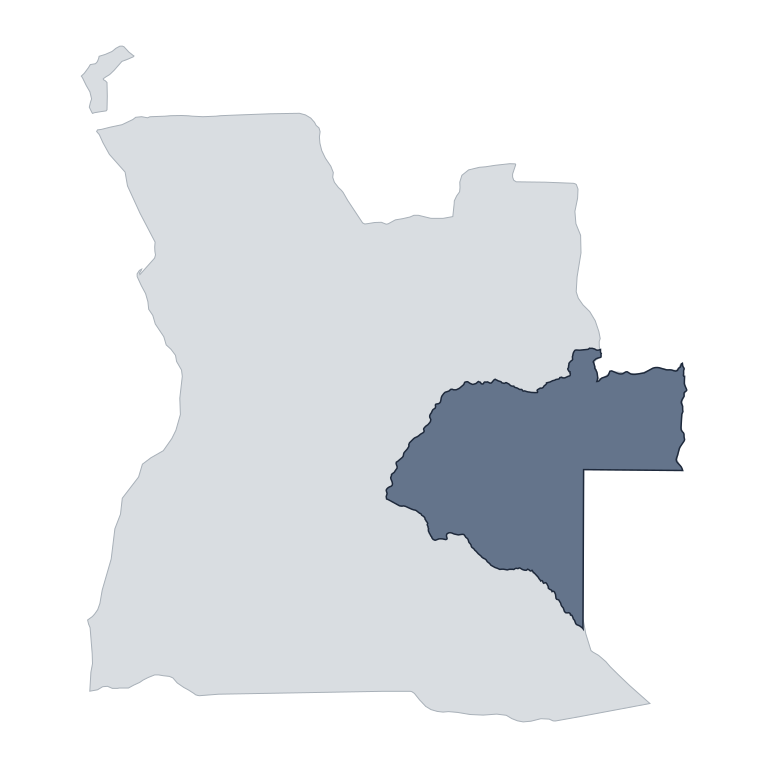 location of Moxico within Angola
{"feature_id": "AGO-1892", "entity_name": "Moxico", "entity_type": "Province", "adm_level": 1, "iso_a3": "AGO", "parent_name": "Angola", "parent_adm1": "", "projection": "albers", "projection_center": [20.805, -13.377], "detail": "fine", "context": "in_parent", "style": "filled", "palette": "slate", "viewbox_px": 768, "rotation_deg": 0, "n_neighbors": 0, "source": "natural_earth", "source_scale": "10m", "svg_char_len": 9729}
<svg xmlns="http://www.w3.org/2000/svg" viewBox="0 0 768 768"><path d="M682.4,363.3L683.4,369.9L684.3,379.1L685.0,385.6L685.8,388.6L686.0,390.2L685.1,391.9L684.3,395.8L682.9,399.3L682.1,401.7L682.7,406.2L681.5,419.4L681.2,426.0L682.9,437.7L682.6,441.3L678.4,452.0L677.3,457.4L677.0,460.2L681.1,468.2L680.9,469.8L677.6,470.3L675.0,470.4L583.6,469.6L583.0,606.7L582.9,618.3L585.8,633.8L591.0,650.6L593.1,652.2L598.5,655.3L605.9,661.7L610.0,666.5L618.4,674.8L629.6,685.5L649.9,703.5L581.6,716.3L555.4,721.0L553.1,720.9L549.2,719.1L540.9,718.7L531.0,721.2L523.2,721.9L517.4,720.8L511.8,718.6L506.3,715.3L496.7,714.1L483.2,715.1L470.1,714.5L457.5,712.4L448.5,711.6L443.0,712.1L437.2,711.4L431.0,709.6L425.8,706.5L419.5,699.8L414.5,693.5L413.3,692.6L411.7,691.6L410.2,691.3L383.2,691.3L218.6,694.2L199.5,695.7L198.0,695.5L195.6,694.8L194.0,693.5L188.5,690.0L183.7,687.4L177.2,682.9L172.9,677.9L169.4,676.4L163.2,675.7L158.5,674.9L154.7,674.9L148.2,677.5L143.2,680.0L139.7,682.4L133.6,685.2L128.5,688.0L119.4,688.0L117.4,688.4L112.4,688.4L107.5,686.3L102.7,686.7L97.5,689.8L89.8,691.2L90.9,672.2L92.5,663.7L92.2,653.7L90.1,627.7L88.6,624.1L87.6,620.0L92.3,616.6L94.6,614.1L97.7,609.7L99.9,603.5L102.2,590.1L111.2,559.0L114.9,528.7L120.5,514.2L122.3,498.2L138.6,477.0L142.4,464.2L151.0,457.7L163.3,450.7L171.8,438.6L175.9,430.3L180.4,414.5L179.8,398.2L182.3,376.3L181.5,370.0L176.6,361.5L175.5,355.3L171.0,349.3L166.2,344.9L163.8,336.7L155.3,324.0L152.8,315.4L148.7,309.3L147.9,301.7L145.6,293.6L141.4,285.8L137.2,276.7L137.1,273.9L139.4,270.4L141.7,269.1L141.0,270.9L139.5,273.0L139.9,274.6L154.6,258.1L155.5,254.9L154.9,251.4L154.7,247.1L155.1,242.1L139.9,213.0L127.5,185.9L125.1,172.1L109.4,154.4L103.0,142.8L99.3,134.6L96.6,131.5L97.5,129.9L101.4,129.4L110.1,127.2L122.0,124.7L132.9,119.5L135.7,117.3L141.6,116.7L147.6,117.8L149.8,116.8L151.0,116.7L165.0,116.2L170.8,115.7L181.6,115.5L188.5,115.8L192.4,116.2L202.9,116.7L215.9,116.2L220.5,115.7L237.7,115.0L269.8,113.8L286.7,113.5L299.5,113.3L305.4,114.9L310.8,118.1L313.3,121.0L314.5,122.3L316.1,125.4L319.0,127.9L320.1,131.7L319.4,136.9L319.9,143.2L321.7,150.5L325.4,158.2L330.8,166.2L333.3,172.5L332.7,177.3L334.4,182.3L338.4,187.5L341.4,190.3L343.1,192.4L347.7,200.4L362.6,222.9L364.8,224.0L368.0,223.6L374.7,222.5L381.4,222.3L386.2,224.2L388.2,223.8L395.3,219.9L402.5,218.7L410.0,217.0L413.9,215.3L418.4,215.3L430.7,218.3L433.0,218.4L442.9,218.4L452.8,216.6L454.2,203.5L454.3,200.9L456.6,196.0L459.6,191.8L460.0,187.7L459.8,182.1L461.9,175.3L468.6,169.9L479.4,167.3L485.5,166.8L495.2,165.3L509.8,163.7L515.3,163.9L515.7,164.7L512.6,174.0L512.6,177.1L513.7,180.2L516.2,181.8L545.4,182.2L573.5,183.3L575.1,183.8L576.3,184.5L578.0,189.1L577.6,198.2L574.9,211.4L575.9,223.7L580.6,235.3L581.0,252.9L577.1,276.8L576.2,291.8L578.3,298.2L582.9,304.8L589.8,311.7L595.2,320.7L598.9,331.7L600.2,338.6L599.2,341.5L599.3,346.4L600.4,353.4L599.0,358.1L595.2,360.4L593.9,363.5L595.8,369.6L596.3,375.1L598.8,378.7L600.6,379.0L604.5,377.0L609.1,373.4L612.8,371.9L618.0,372.1L625.4,373.2L638.3,373.7L642.2,373.0L654.3,368.2L657.5,367.9L662.2,368.4L668.9,370.0L675.7,370.3L679.1,368.8L679.4,366.8L680.5,364.2L682.4,363.3ZM134.0,56.0L133.3,56.8L127.8,59.2L121.9,61.4L114.3,70.1L110.5,73.8L109.3,74.8L105.8,76.9L103.3,78.7L103.4,79.7L105.2,80.7L107.0,82.5L107.3,96.2L107.0,109.8L106.1,110.9L101.1,111.6L94.5,112.7L92.5,113.4L91.7,112.1L89.3,107.2L90.4,102.5L91.6,98.9L89.9,91.8L86.3,85.6L82.4,77.6L81.3,76.1L84.2,73.4L88.5,67.6L90.3,64.6L95.5,63.7L97.4,61.6L98.7,58.3L99.1,56.3L105.0,54.5L112.0,51.5L115.9,48.3L119.8,46.2L122.3,46.1L124.0,46.8L128.8,52.0L132.8,55.2L134.0,56.0Z" fill="#d9dde1" stroke="#a8b0b8" stroke-width="1"/><path d="M583.6,469.6L583.0,620.6L583.0,627.8L583.1,628.9L582.3,627.9L580.9,626.8L579.5,625.8L576.8,624.7L576.2,624.2L575.7,623.5L574.5,620.3L573.2,618.7L573.0,617.7L572.1,615.7L571.7,615.2L570.5,615.1L570.3,614.6L570.4,614.0L569.9,613.2L568.5,612.7L567.1,612.9L565.6,612.7L564.4,611.4L563.3,608.0L561.7,606.1L561.2,605.2L560.6,603.0L559.7,601.6L558.8,600.0L558.3,599.7L556.7,599.3L556.0,598.3L555.5,594.4L554.5,592.1L553.8,591.4L553.0,591.3L552.0,591.6L551.8,590.6L551.2,590.0L549.7,589.3L548.4,588.3L548.2,587.8L548.4,587.2L548.4,586.9L546.9,583.9L545.8,582.7L544.5,582.9L543.7,583.3L543.1,582.7L542.7,581.4L542.2,580.8L541.9,580.6L541.4,580.6L540.7,581.0L540.3,580.2L539.1,578.8L538.1,577.1L534.0,572.7L533.8,572.6L533.4,572.7L533.2,572.4L533.0,571.7L532.0,570.3L531.0,571.0L530.2,570.9L528.7,569.6L527.6,569.2L527.2,569.5L526.8,570.0L526.1,570.3L524.2,570.1L522.4,569.5L520.1,568.1L519.4,567.9L519.0,568.0L518.3,568.5L517.9,568.6L516.5,568.3L515.6,568.4L514.6,568.9L513.9,569.5L513.6,569.5L512.9,569.3L509.4,569.3L507.3,569.9L503.5,569.2L501.8,569.2L499.7,569.4L497.4,568.3L495.0,567.5L490.9,565.2L489.7,563.6L487.3,561.7L486.1,559.8L484.4,558.6L483.3,558.3L482.7,557.6L481.9,557.2L481.0,556.0L478.3,553.8L476.0,551.2L474.8,550.2L474.0,549.0L473.5,548.5L472.1,547.5L471.7,547.1L471.4,546.6L470.9,544.7L470.1,543.6L469.3,542.8L468.9,542.3L468.0,539.3L467.1,538.3L465.8,537.3L464.6,535.4L463.8,534.5L462.3,534.3L458.3,534.9L454.1,534.0L451.8,533.0L450.2,532.7L448.9,532.8L447.7,533.4L446.8,534.1L446.5,535.1L446.5,536.2L447.1,538.4L446.8,539.2L445.8,539.6L442.5,538.9L440.6,538.8L438.9,538.9L435.5,540.2L434.9,540.2L433.1,539.4L431.8,537.7L431.6,536.7L430.7,535.8L430.2,534.4L429.5,533.5L429.0,532.2L428.5,531.3L428.3,529.7L428.6,528.7L428.1,527.8L428.1,526.8L427.2,524.8L427.3,524.3L427.7,523.6L427.6,523.1L427.2,522.3L426.3,521.3L425.8,520.2L425.2,519.5L425.0,519.0L425.0,518.4L424.9,518.0L424.0,516.8L423.4,516.3L421.6,515.1L421.1,514.0L420.5,513.5L419.7,513.3L419.3,513.0L416.1,510.5L415.0,510.1L413.5,509.8L411.5,509.1L405.3,506.3L403.5,505.9L402.4,506.1L401.1,506.1L399.5,505.8L388.2,499.6L386.6,499.0L386.2,496.6L387.1,493.7L386.8,492.4L386.4,491.2L386.2,490.1L386.8,489.0L387.6,488.1L389.2,487.0L391.4,486.1L392.2,485.2L392.5,483.9L392.1,481.8L390.9,478.9L390.7,477.7L391.5,475.4L391.5,474.5L392.4,473.6L393.7,472.8L394.5,472.0L395.3,470.6L397.0,468.3L397.2,466.8L396.3,464.3L396.1,463.2L396.4,462.1L397.5,461.5L402.3,457.4L403.1,456.4L403.5,454.9L403.6,453.9L404.1,452.6L407.2,449.1L408.6,446.9L408.9,446.0L408.8,444.6L409.5,442.8L413.7,438.6L414.8,437.8L417.5,436.6L418.9,435.6L420.5,434.2L423.1,432.7L423.9,431.9L424.2,430.9L423.7,429.7L423.6,429.1L423.8,428.5L424.5,427.5L426.1,425.9L427.8,424.8L429.8,422.5L430.5,421.3L430.8,419.5L429.7,417.1L429.7,415.8L430.2,414.4L431.3,412.9L432.4,410.5L433.0,409.6L435.2,408.1L435.6,406.7L435.4,405.6L435.5,404.6L436.0,404.1L438.4,403.7L439.4,403.2L440.3,402.2L440.8,400.6L441.2,398.1L441.5,397.0L442.0,395.9L443.8,393.5L445.2,392.2L446.3,391.9L448.7,391.1L449.4,390.7L450.4,389.6L450.9,389.3L452.4,389.3L453.6,389.8L455.9,389.8L456.7,389.6L459.5,388.2L461.5,386.5L463.6,384.7L464.1,383.8L464.4,382.9L465.0,382.1L467.0,381.7L467.8,381.8L469.8,383.2L472.2,384.3L473.0,384.4L475.7,383.6L476.3,383.3L477.8,381.9L478.5,381.5L479.3,382.0L480.4,382.3L481.1,383.6L481.4,383.8L482.6,384.0L482.9,384.0L483.5,383.5L484.0,382.5L484.4,382.1L484.7,382.0L486.2,382.1L487.6,381.9L489.7,383.0L491.0,383.1L491.7,382.6L494.0,379.9L495.0,379.3L495.4,379.3L496.2,379.9L497.3,380.3L498.0,380.8L500.7,381.6L501.2,381.9L501.6,382.6L502.0,382.9L502.9,383.0L504.0,383.4L504.3,383.4L505.7,382.7L506.4,382.7L509.2,384.2L509.9,385.0L511.0,385.8L512.3,386.2L513.2,386.1L513.9,386.2L514.2,386.9L514.7,387.3L517.4,388.1L519.5,389.4L520.0,389.5L521.1,389.4L521.8,389.5L522.4,390.2L522.6,390.7L523.2,391.1L524.4,390.9L525.0,391.0L527.1,391.7L528.5,392.0L529.2,392.0L531.0,392.4L535.2,392.6L537.4,392.5L537.6,392.1L537.6,391.6L537.1,390.4L537.4,389.8L540.2,388.1L541.7,388.2L542.2,388.0L542.9,387.6L543.3,387.2L544.1,385.9L545.8,384.6L546.6,383.5L546.5,382.9L546.8,382.8L550.0,382.0L552.6,380.7L554.7,380.2L555.8,379.5L558.9,379.0L559.6,378.2L559.8,377.6L560.3,377.4L561.3,377.5L561.7,377.2L562.5,377.8L563.3,377.9L564.6,377.9L565.0,377.8L568.0,376.4L569.6,375.9L570.1,375.5L570.4,373.8L570.0,373.2L570.1,371.9L569.4,371.8L569.0,371.5L568.8,370.8L568.0,369.8L567.8,369.1L567.8,368.6L568.5,367.6L568.6,365.7L568.9,364.6L568.9,363.7L569.0,363.2L570.1,361.9L570.6,361.3L572.1,360.2L572.6,359.5L572.4,356.6L572.8,355.6L573.0,354.1L573.5,352.5L574.4,351.0L575.1,350.2L575.6,350.1L576.4,350.0L579.5,350.2L587.6,349.4L588.4,349.2L589.5,348.2L590.6,348.4L592.1,348.3L594.7,349.0L596.3,350.0L597.1,350.2L598.6,350.1L600.5,349.5L600.5,352.3L601.3,353.6L601.0,354.1L601.1,356.0L601.0,357.0L600.5,357.4L598.3,357.9L596.2,358.7L594.2,360.4L593.3,361.5L593.3,362.3L593.8,363.1L594.8,366.6L594.8,368.5L595.8,369.6L596.0,370.4L596.8,371.9L597.1,372.9L597.7,377.3L597.5,379.4L596.8,381.5L598.0,381.4L599.0,380.9L601.2,378.5L601.9,378.0L606.8,376.4L608.3,375.2L609.9,371.2L611.7,370.9L617.3,373.2L619.1,373.8L621.0,374.0L622.9,373.7L625.0,372.3L626.1,371.8L627.3,371.8L630.1,373.6L631.1,374.1L633.0,374.4L635.2,374.4L644.2,372.9L653.0,368.1L655.1,367.6L657.1,367.5L659.0,367.7L666.2,369.8L667.9,369.9L669.8,369.8L671.7,370.0L673.7,370.7L675.7,371.1L677.4,370.5L677.7,370.0L678.4,368.4L680.4,367.0L681.5,363.8L682.4,363.3L682.7,365.8L683.0,366.6L684.0,368.1L684.2,368.9L683.6,370.7L683.6,373.5L683.4,375.5L683.7,376.2L684.6,376.3L684.3,383.5L684.6,384.8L686.7,389.7L686.7,390.3L686.3,390.9L684.7,392.1L684.1,392.9L684.0,394.1L684.1,396.1L683.9,396.7L682.5,398.8L681.6,400.8L681.3,401.8L681.3,403.0L682.6,406.2L682.7,410.0L682.9,411.2L682.9,411.7L681.8,414.2L681.0,427.7L681.2,429.9L682.2,431.5L683.5,432.9L684.0,434.1L684.1,437.2L684.6,439.5L684.4,440.3L684.0,441.2L680.1,446.9L679.4,448.3L677.5,455.5L676.6,457.8L676.2,459.7L676.6,461.4L677.6,462.8L680.2,465.6L681.3,467.0L682.1,468.7L682.7,470.5L583.6,469.6Z" fill="#64748b" stroke="#1e293b" stroke-width="1.5"/></svg>